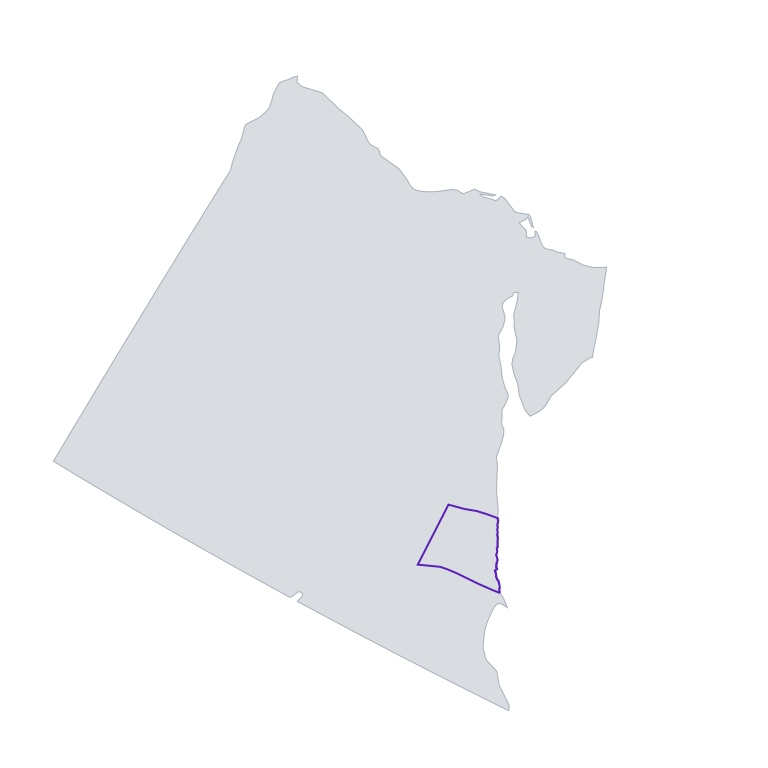 Marsa Alam, Al Bahr al Ahmar, Egypt (highlighted), rotated 27°
{"feature_id": "37247803B19297711577028", "entity_name": "Marsa Alam", "entity_type": "district", "adm_level": 2, "iso_a3": "EGY", "parent_name": "Egypt", "parent_adm1": "Al Bahr al Ahmar", "projection": "orthographic", "projection_center": [35.034, 24.707], "detail": "fine", "context": "in_parent", "style": "outline", "palette": "violet", "viewbox_px": 768, "rotation_deg": 27, "n_neighbors": 0, "source": "geoboundaries", "source_scale": "gbopen_adm2", "svg_char_len": 6803}
<svg xmlns="http://www.w3.org/2000/svg" viewBox="0 0 768 768"><g transform="rotate(27 384 384)"><path d="M643.5,618.5L629.1,618.7L614.7,618.8L600.4,618.9L586.0,619.0L571.6,619.0L557.2,619.0L542.8,619.0L528.4,619.0L514.1,618.9L499.7,618.7L485.3,618.6L470.9,618.4L456.6,618.1L442.2,617.8L427.8,617.5L413.5,617.2L405.3,617.0L406.8,612.8L407.7,609.9L406.8,607.8L404.0,607.2L402.2,607.8L397.7,616.5L395.4,616.8L390.3,616.6L373.6,616.1L356.9,615.6L340.2,615.0L323.6,614.3L306.9,613.6L290.3,612.9L273.6,612.1L257.0,611.3L240.4,610.4L223.8,609.5L207.2,608.5L190.6,607.5L174.1,606.4L157.5,605.3L141.0,604.2L124.5,602.9L125.2,592.4L125.9,581.8L126.6,571.2L127.3,560.6L128.1,550.0L128.8,539.4L129.5,528.9L130.3,518.3L131.0,507.7L131.8,497.1L132.5,486.5L133.3,475.9L134.1,465.3L134.9,454.7L135.7,444.2L136.5,433.6L137.3,423.0L138.1,412.4L138.9,401.8L139.7,391.2L140.6,380.7L141.4,370.1L142.2,359.5L143.1,348.9L143.9,338.3L144.8,327.8L145.7,317.2L146.5,306.6L147.4,296.1L148.3,285.5L149.2,275.0L150.1,264.4L149.9,262.4L148.3,255.1L147.0,245.8L145.8,234.5L145.8,230.8L143.2,219.0L143.1,215.7L144.3,213.5L151.2,204.2L153.5,199.7L155.5,194.1L156.4,189.6L155.3,182.4L153.8,175.9L153.7,169.4L154.0,163.1L157.5,159.0L161.5,155.2L163.1,152.8L165.5,150.2L167.2,149.0L169.6,154.8L175.8,156.3L196.5,152.6L218.6,159.2L230.8,161.9L249.7,167.4L260.8,175.8L264.0,176.9L272.4,177.2L277.6,182.1L299.5,185.4L311.0,191.0L317.4,195.3L321.4,196.7L324.9,196.7L329.8,195.4L336.0,192.8L342.8,189.1L356.9,179.5L361.8,177.9L364.9,178.5L368.7,178.5L370.5,175.8L372.6,174.0L373.9,171.9L376.1,169.4L383.2,168.9L397.5,164.9L395.9,167.0L382.8,171.5L388.3,172.3L394.0,170.8L400.5,169.9L401.7,167.8L402.7,163.9L404.0,163.4L408.4,164.3L421.5,170.7L424.8,170.9L434.3,167.8L436.3,167.1L439.3,169.1L446.0,176.8L443.6,176.5L436.4,169.9L435.6,173.1L431.2,178.7L436.4,181.3L440.7,182.3L442.9,185.5L444.3,188.4L448.6,187.2L451.7,183.5L450.2,181.3L449.2,179.1L450.6,179.0L453.5,180.9L461.7,188.4L464.6,189.9L467.9,189.7L474.8,187.8L476.7,188.1L486.0,185.6L487.0,187.6L488.5,189.5L496.0,187.5L507.6,187.6L517.2,185.3L528.3,179.6L529.2,178.8L529.8,180.2L531.1,184.1L534.4,194.2L537.3,202.1L540.8,213.0L541.9,217.1L542.4,220.0L547.6,232.0L550.7,241.9L553.0,249.9L556.2,261.6L557.6,265.7L555.3,267.8L550.7,275.4L545.7,299.6L538.5,318.4L537.7,330.3L536.5,334.5L533.1,340.5L528.9,346.4L521.6,343.3L509.8,332.8L503.0,323.0L495.7,316.5L488.8,308.1L487.0,302.0L487.1,298.1L484.2,288.6L482.1,284.1L473.8,274.0L471.5,268.6L469.6,266.2L467.9,262.8L465.1,249.7L461.9,241.4L458.1,243.6L458.7,247.1L455.2,251.8L453.1,257.4L454.5,262.0L461.3,269.0L462.6,272.1L464.1,278.7L463.7,287.7L464.7,290.7L469.8,297.5L471.6,301.4L472.6,304.9L474.3,308.0L479.4,313.9L486.7,325.0L493.6,332.5L498.7,336.2L500.8,339.8L501.2,349.1L500.8,353.5L505.2,361.9L506.8,366.2L511.2,369.7L513.1,373.6L514.9,380.0L517.5,399.0L521.3,403.6L533.0,428.6L543.0,444.4L547.8,456.1L555.2,470.5L569.9,501.9L578.6,511.6L582.1,517.0L588.5,521.2L595.4,527.2L588.8,526.7L587.2,527.0L584.9,528.1L583.8,531.8L583.3,534.8L584.2,550.7L586.0,558.8L591.9,574.1L596.2,578.7L598.3,581.7L601.3,583.8L615.1,588.9L623.3,600.0L641.6,613.7L643.4,617.6L643.5,618.5Z" fill="#d9dde1" stroke="#a8b0b8" stroke-width="1"/><path d="M582.3,517.6L582.2,517.6L581.9,517.4L581.7,517.3L581.6,517.1L581.5,516.8L581.5,516.7L581.4,516.6L581.1,516.4L580.5,515.9L580.3,515.5L580.2,515.2L580.0,514.9L580.0,514.6L580.1,514.4L580.1,514.2L580.0,513.9L579.9,513.7L579.7,513.8L579.4,513.7L579.4,513.2L579.5,513.1L579.5,512.9L579.4,512.6L579.2,512.0L579.1,511.9L578.9,511.7L578.5,511.2L578.2,510.8L577.8,510.4L577.4,509.8L577.1,509.6L577.1,509.4L577.1,509.2L576.9,509.0L576.8,508.9L576.7,508.9L576.3,508.7L576.2,508.4L575.9,508.1L575.7,508.2L575.4,507.9L575.3,507.7L575.4,507.3L575.3,507.2L575.1,507.1L574.9,507.0L574.7,507.0L574.8,507.2L574.8,507.3L574.7,507.3L574.3,507.2L574.1,506.9L573.9,506.9L573.6,506.8L573.4,506.7L573.2,506.5L573.0,506.4L573.0,506.2L572.9,505.9L572.7,505.7L572.3,505.6L572.1,505.5L571.7,505.1L571.3,504.9L571.1,504.7L571.0,504.3L571.0,503.9L570.7,503.4L570.3,503.2L570.3,502.9L570.2,502.7L570.0,502.4L569.9,502.2L569.7,501.9L569.5,501.6L569.4,501.6L569.2,501.6L568.9,501.5L568.8,501.4L568.5,501.1L568.4,500.8L568.2,500.7L567.7,500.1L567.4,499.9L567.5,499.6L567.6,499.4L567.7,499.2L567.8,499.2L568.0,499.2L568.0,498.7L568.0,498.4L568.0,498.2L568.4,497.9L568.7,497.9L568.9,497.8L568.9,497.6L568.8,497.4L568.3,497.2L568.0,497.0L567.8,496.7L567.7,496.5L567.6,496.1L567.4,495.9L567.3,495.5L567.2,495.5L567.1,495.4L566.9,495.3L566.7,495.3L566.8,495.5L566.7,495.6L566.6,495.3L566.7,495.2L566.7,494.9L566.4,494.6L566.3,494.4L566.1,494.2L565.9,493.9L566.0,493.5L566.2,493.1L566.2,492.9L566.2,492.7L565.8,492.7L565.6,492.5L565.5,492.3L565.4,492.1L565.3,491.8L565.4,491.6L565.5,491.2L565.5,490.8L565.4,490.5L565.3,490.1L565.3,489.7L565.2,489.3L565.1,489.1L565.0,488.9L564.8,488.8L564.5,488.5L564.3,488.3L564.2,488.1L563.9,487.8L563.6,487.6L563.5,487.4L563.4,487.1L563.2,487.0L563.0,486.8L562.8,486.6L562.7,486.4L562.2,486.1L562.0,485.9L561.8,485.8L561.7,485.6L561.5,485.4L561.5,485.2L561.4,484.9L561.4,484.4L561.4,484.0L561.4,483.8L561.4,483.7L561.2,483.3L561.1,482.6L561.1,482.1L560.9,481.8L560.7,481.3L560.5,481.1L560.3,480.7L560.1,480.5L560.0,480.4L560.0,480.2L559.8,480.1L559.5,479.9L559.1,479.3L559.0,479.0L559.0,478.7L559.1,478.4L559.3,478.2L559.4,477.9L559.4,477.6L559.4,477.4L559.3,477.2L559.1,477.0L559.0,476.9L558.6,476.6L558.3,476.1L558.2,475.9L558.1,475.5L558.0,475.2L557.9,475.1L557.9,474.9L557.7,474.7L557.5,474.4L557.6,474.2L557.4,473.9L557.4,473.7L557.1,473.4L556.9,473.1L556.7,473.0L556.6,472.7L556.6,472.4L556.5,472.1L556.2,471.8L556.2,471.7L556.3,471.5L556.3,471.4L556.1,471.1L555.8,470.5L555.5,470.3L555.5,470.0L555.4,469.7L555.5,469.5L555.3,469.3L555.2,469.2L554.9,469.0L554.9,468.9L555.0,468.8L555.0,468.7L554.8,468.6L554.3,468.2L554.1,468.0L554.0,467.6L553.9,467.4L553.7,467.5L553.6,467.3L553.7,467.2L553.3,466.9L553.5,466.8L553.3,466.3L553.2,466.0L553.0,465.6L553.0,465.3L552.9,465.1L552.8,464.7L552.7,464.5L552.4,464.2L552.2,463.8L552.1,463.7L551.9,463.6L551.7,463.3L551.6,463.1L551.4,463.0L551.3,462.7L551.1,462.2L550.8,461.8L550.9,461.5L550.8,461.3L550.8,461.2L550.7,461.0L550.7,460.8L550.6,460.5L550.5,460.2L550.2,459.6L550.1,459.2L549.6,459.1L549.5,458.8L549.4,458.6L549.2,458.4L549.0,458.2L548.8,457.7L548.7,457.2L548.6,456.9L548.7,456.6L548.8,456.4L548.7,456.3L548.6,456.2L548.5,455.8L548.2,455.4L548.1,455.2L548.1,454.8L548.0,454.6L548.0,454.2L547.9,453.9L547.7,453.7L547.5,453.4L547.4,453.2L547.2,453.2L547.1,453.3L547.0,453.2L546.8,453.0L546.9,452.8L546.9,452.7L546.6,452.4L546.6,452.2L546.5,451.9L546.4,451.9L534.3,453.4L523.9,455.2L512.2,458.9L496.2,462.2L496.1,529.6L517.1,521.4L524.7,520.3L534.9,519.6L559.3,519.2L574.4,518.3L582.3,517.6Z" fill="none" stroke="#5b21b6" stroke-width="2"/></g></svg>